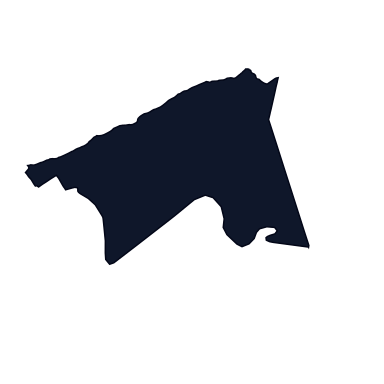 the district of Bahri, Khartoum, Sudan, rotated 59°
{"feature_id": "16777658B15021592307574", "entity_name": "Bahri", "entity_type": "district", "adm_level": 2, "iso_a3": "SDN", "parent_name": "Sudan", "parent_adm1": "Khartoum", "projection": "equal_earth", "projection_center": [32.683, 15.975], "detail": "fine", "context": "isolated", "style": "filled", "palette": "ink", "viewbox_px": 384, "rotation_deg": 59, "n_neighbors": 0, "source": "geoboundaries", "source_scale": "gbopen_adm2", "svg_char_len": 3067}
<svg xmlns="http://www.w3.org/2000/svg" viewBox="0 0 384 384"><g transform="rotate(59 192 192)"><path d="M299.3,120.5L298.7,120.0L298.0,119.4L295.1,118.7L292.4,118.1L284.2,116.2L240.3,105.8L227.5,102.8L195.5,95.2L175.1,90.4L169.4,89.1L165.4,85.2L164.8,84.6L164.5,84.4L161.8,81.7L150.0,70.4L148.2,68.7L145.0,65.7L144.3,65.0L143.0,63.7L142.8,63.5L141.7,62.4L141.5,62.2L141.4,62.1L141.1,61.9L139.5,60.4L139.3,60.1L139.0,59.9L138.4,59.3L138.3,59.6L137.7,61.1L137.6,62.8L137.9,66.6L138.0,68.4L138.1,70.3L138.3,71.6L137.7,72.6L136.2,73.9L134.7,74.8L132.5,75.8L131.1,76.2L129.8,76.6L129.1,77.6L128.0,78.2L126.5,78.2L125.4,77.7L124.3,77.6L123.0,77.9L121.9,78.7L120.9,79.3L119.8,79.7L118.9,79.2L117.7,79.2L116.8,80.1L116.0,80.0L115.1,81.1L114.2,82.7L114.6,83.6L114.9,85.1L115.2,86.8L115.6,87.7L115.6,88.8L115.9,89.9L116.0,91.3L116.4,93.8L116.7,96.1L116.0,97.9L115.0,98.8L114.1,99.9L112.6,103.3L112.6,105.4L112.2,107.3L111.8,108.1L110.2,111.3L110.1,112.7L109.2,114.6L108.5,115.8L107.4,117.9L107.3,120.2L106.1,121.3L104.7,122.9L104.6,124.8L104.3,126.6L103.7,130.5L103.4,133.5L102.9,136.3L102.6,138.1L102.5,141.2L102.7,143.0L102.3,144.9L101.6,146.4L101.4,147.6L101.4,149.5L101.6,151.6L101.0,153.4L101.5,155.6L101.9,158.4L101.6,161.2L101.5,163.6L101.5,165.0L102.2,168.5L102.7,172.3L102.9,175.3L102.2,180.6L101.7,182.1L101.6,183.5L101.7,187.2L101.5,189.1L101.2,190.3L100.4,192.7L100.4,194.2L100.4,196.3L100.6,198.0L101.2,200.2L101.8,201.1L102.8,201.9L103.5,202.6L103.9,204.2L103.6,208.0L103.2,209.0L102.8,210.0L101.9,211.1L101.4,212.4L100.6,214.4L99.1,217.1L98.6,218.4L98.0,219.8L97.8,222.0L97.2,226.4L97.8,228.7L98.0,230.9L97.9,234.0L97.6,237.9L97.0,240.4L95.9,242.9L95.4,243.6L94.6,244.7L94.8,245.8L94.6,247.9L94.9,249.0L95.5,251.2L95.7,252.5L95.8,253.8L96.2,255.1L96.8,256.1L96.8,257.3L97.0,258.8L96.9,261.1L96.6,262.5L96.4,263.8L96.3,265.6L95.9,267.0L95.6,269.4L95.7,272.9L95.4,274.1L95.2,277.9L94.7,283.0L94.2,286.9L93.7,288.2L93.8,290.0L93.5,291.1L92.5,293.2L91.7,294.2L91.2,295.2L90.5,296.8L90.6,298.2L89.9,300.1L89.6,303.6L89.3,305.3L88.8,306.7L88.3,310.5L87.6,313.6L85.6,316.4L85.3,317.9L84.7,319.2L85.8,319.1L86.6,319.1L87.6,319.6L88.1,320.4L88.5,321.5L88.9,322.8L89.6,324.7L91.0,324.4L93.1,324.2L94.0,324.2L95.1,324.1L97.0,323.7L97.8,323.5L98.8,323.4L99.9,323.4L101.9,323.4L103.7,323.4L106.2,323.2L106.7,321.8L108.7,320.9L108.3,316.1L108.2,311.9L107.9,306.3L107.8,299.7L111.4,299.2L119.0,299.4L121.3,299.4L123.1,299.2L125.0,299.2L125.9,295.9L126.7,293.0L127.6,290.1L129.3,288.1L130.4,288.2L132.4,289.4L133.7,289.4L135.2,288.9L136.3,288.4L144.1,284.2L153.1,281.5L165.8,281.3L167.7,281.4L169.3,282.0L175.1,284.7L189.2,291.4L199.6,297.7L205.4,300.7L211.5,299.8L212.4,295.5L209.2,267.4L204.3,226.3L203.5,219.8L199.7,194.0L201.5,182.3L207.7,176.8L219.7,174.5L231.5,178.2L238.5,183.5L246.5,184.0L259.8,180.3L264.6,177.3L265.8,169.8L263.9,162.7L259.8,157.6L258.3,153.1L260.3,145.8L264.9,139.4L269.2,138.9L270.6,142.5L269.4,147.3L269.0,150.3L269.3,152.1L271.6,153.1L274.6,151.0L277.1,148.2L299.2,120.5L299.3,120.5Z" fill="#0f172a" stroke="#020617" stroke-width="1.5"/></g></svg>